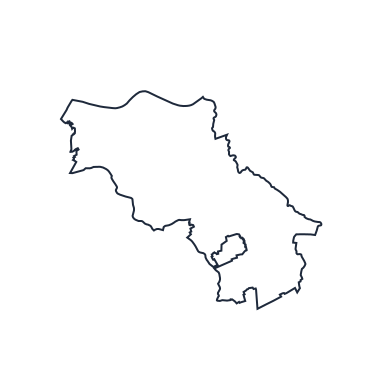 the district of Luong Tai, Bắc Ninh, Vietnam, rotated 240°
{"feature_id": "81297802B42689754920120", "entity_name": "Luong Tai", "entity_type": "district", "adm_level": 2, "iso_a3": "VNM", "parent_name": "Vietnam", "parent_adm1": "Bắc Ninh", "projection": "albers", "projection_center": [106.213, 21.025], "detail": "fine", "context": "isolated", "style": "outline", "palette": "slate", "viewbox_px": 384, "rotation_deg": 240, "n_neighbors": 0, "source": "geoboundaries", "source_scale": "gbopen_adm2", "svg_char_len": 6075}
<svg xmlns="http://www.w3.org/2000/svg" viewBox="0 0 384 384"><g transform="rotate(240 192 192)"><path d="M268.9,249.0L268.5,247.1L267.5,236.8L267.7,234.7L268.2,232.8L269.1,230.6L270.7,227.6L272.8,224.7L274.2,223.2L278.2,219.6L292.0,209.7L300.3,204.1L302.5,202.1L303.8,199.7L304.8,196.6L304.6,192.6L303.8,188.2L302.6,183.7L301.2,179.8L300.9,177.1L300.9,174.5L301.4,171.8L302.2,169.0L302.9,167.4L304.3,165.3L309.5,158.3L312.0,155.2L319.7,147.0L324.8,142.4L331.6,134.5L330.9,132.9L327.3,126.5L325.7,124.3L320.7,115.0L317.7,115.7L315.9,116.3L314.7,117.1L314.9,118.0L314.0,118.5L315.0,119.9L314.6,120.2L314.5,121.2L313.8,121.2L313.7,120.5L312.7,120.4L312.6,119.8L312.0,119.9L312.0,120.9L312.6,120.9L312.4,122.0L311.7,122.4L310.6,122.6L310.5,119.8L308.6,120.2L307.9,120.1L306.7,119.8L307.2,121.0L307.1,121.3L306.7,121.7L306.4,121.7L305.9,122.3L305.5,122.3L302.7,120.8L301.5,119.9L301.8,119.3L301.1,118.7L301.1,118.3L301.5,117.6L300.9,117.0L300.9,115.9L297.0,112.8L289.6,109.1L289.1,108.7L287.6,106.8L287.3,107.1L287.4,107.8L286.8,108.3L286.7,109.1L286.7,110.7L287.1,111.7L287.2,113.2L287.0,115.0L285.5,115.0L285.3,112.4L282.0,110.7L282.1,107.9L280.9,108.0L281.1,106.5L280.0,106.5L279.5,106.2L279.2,105.0L277.5,106.1L275.9,106.8L269.4,95.9L268.1,97.9L265.4,108.2L265.2,109.2L265.6,110.9L265.7,111.9L263.7,115.2L263.2,116.7L262.9,119.3L260.3,124.1L259.7,125.1L257.7,127.2L254.8,129.1L253.1,129.9L251.4,130.3L248.7,130.5L246.0,130.6L245.1,129.6L244.0,129.2L241.0,129.2L237.2,129.5L234.2,129.6L233.2,129.2L231.7,127.0L230.6,126.6L228.8,126.6L227.9,126.8L225.7,128.3L221.3,132.2L217.4,136.2L216.1,136.8L215.5,136.8L210.4,134.5L207.4,133.8L206.3,133.3L205.0,132.5L201.0,128.6L199.8,128.3L198.1,128.4L196.4,129.1L193.6,131.2L192.5,133.2L191.8,134.1L190.9,134.6L188.2,135.4L186.8,136.4L185.6,137.7L183.5,139.1L182.3,139.3L179.8,139.2L177.7,139.8L177.8,141.1L177.5,143.1L176.5,144.8L173.5,147.8L175.8,150.0L176.0,151.2L176.0,152.0L175.7,152.8L174.8,155.3L174.4,158.4L174.5,161.0L174.7,162.9L174.5,166.1L174.3,166.9L172.7,169.1L171.4,171.5L169.4,176.6L167.3,174.4L167.0,174.7L166.3,174.5L166.1,174.4L165.9,173.6L164.6,173.3L164.0,174.0L164.0,175.2L162.7,176.5L161.0,176.3L161.1,172.3L158.1,171.6L158.1,169.8L155.9,169.9L154.9,165.1L150.9,166.9L149.1,167.4L145.5,167.8L142.9,167.9L138.0,167.7L136.9,167.9L135.6,168.8L133.3,171.3L131.8,172.0L130.7,172.0L128.5,171.0L125.9,170.8L124.5,171.0L120.9,171.2L116.4,173.0L116.1,177.7L122.7,177.7L122.7,176.5L124.1,176.4L126.1,176.6L126.0,177.6L128.0,177.9L127.9,178.8L128.4,179.5L128.5,181.2L127.7,181.4L126.9,182.3L125.8,182.4L125.4,183.8L127.5,184.8L126.5,188.1L131.7,191.3L132.3,197.6L136.0,198.8L136.0,201.3L135.1,201.7L133.3,209.6L133.0,210.1L131.7,211.6L130.0,211.6L129.9,211.2L129.4,211.3L129.3,211.0L128.6,211.0L128.3,211.5L127.5,211.5L127.4,212.3L127.0,212.2L126.7,212.9L125.8,213.0L125.6,212.4L125.4,212.3L125.2,212.4L124.9,213.2L124.6,213.1L123.4,213.0L123.3,212.3L122.6,212.3L122.6,211.6L122.3,211.3L121.9,211.7L121.6,211.5L121.2,212.0L120.1,211.6L119.6,212.1L118.2,211.3L118.3,210.8L118.1,210.7L117.7,210.6L117.5,211.3L114.3,210.3L114.2,210.0L114.6,209.7L114.3,207.9L112.9,204.4L113.7,202.7L114.9,198.9L112.6,198.1L113.5,194.8L113.9,192.7L112.5,192.3L114.6,173.1L112.4,173.5L109.0,174.9L107.2,174.6L103.4,173.2L102.2,172.5L100.8,171.1L99.5,168.7L95.8,168.5L94.5,168.1L93.8,167.5L91.7,164.1L90.8,163.5L89.1,163.5L88.5,163.2L88.3,162.6L86.9,160.5L86.4,159.9L85.7,159.4L85.2,159.6L83.7,161.7L83.3,163.7L83.1,164.3L80.4,168.1L79.1,171.4L79.7,171.8L78.9,173.1L75.7,174.5L73.2,175.0L73.3,177.8L72.2,177.9L72.0,179.4L71.0,183.6L77.3,185.2L77.1,186.4L79.6,186.7L79.7,189.6L80.2,190.9L79.9,191.9L80.3,193.2L78.9,196.7L77.2,196.8L76.6,198.9L75.3,198.6L58.1,190.3L57.6,200.1L57.1,208.0L56.8,216.9L59.2,216.8L59.0,219.5L58.8,220.4L58.3,221.3L57.5,221.3L57.3,222.4L57.2,223.4L57.4,233.2L52.4,232.9L54.8,237.4L55.6,237.5L57.2,238.0L60.4,239.3L60.3,241.3L61.4,242.0L61.6,244.1L62.9,244.4L65.7,244.6L68.4,246.8L70.4,248.7L70.8,250.7L71.3,251.8L71.8,252.8L72.9,254.2L73.5,254.4L76.1,254.7L81.2,254.7L83.2,255.3L84.3,254.4L85.3,252.3L85.8,252.0L86.8,251.9L88.5,252.9L90.4,253.0L91.2,253.4L95.7,256.9L97.6,254.3L99.3,255.4L101.8,257.7L102.2,258.3L103.2,261.1L100.1,266.7L95.9,273.6L93.2,277.1L96.3,280.8L99.2,283.7L99.4,284.2L99.4,284.9L98.8,286.6L98.7,287.1L98.9,287.5L99.4,287.9L100.0,288.1L100.7,288.1L101.5,288.0L102.1,287.5L103.2,285.9L105.0,283.7L106.4,282.4L109.0,280.8L110.2,279.3L112.1,277.8L114.1,277.0L115.3,277.6L116.1,277.4L116.9,276.3L118.3,275.3L119.5,274.2L121.9,273.4L122.8,272.3L123.7,271.8L124.7,271.7L128.1,272.0L129.3,271.9L130.4,270.8L131.7,270.0L131.8,269.7L131.8,268.2L132.1,267.9L132.8,268.0L135.3,270.1L137.0,271.0L138.5,271.3L140.7,270.8L148.2,268.3L151.1,266.9L153.3,265.6L153.8,265.4L155.0,265.5L156.6,263.6L156.9,263.5L159.2,263.8L160.3,263.7L162.6,263.0L164.7,261.9L167.8,261.2L168.2,261.0L169.8,259.2L170.3,258.9L172.8,258.5L173.2,258.3L173.9,257.4L175.7,254.7L176.3,254.3L178.6,254.5L181.3,252.9L184.6,252.6L185.5,252.4L185.8,252.1L186.0,251.6L185.0,250.1L184.7,249.3L185.4,247.4L185.5,246.3L185.2,245.2L184.6,243.9L184.6,243.5L184.6,243.0L184.8,242.6L185.7,242.2L186.9,242.3L189.0,243.1L190.8,243.5L192.5,244.9L193.0,245.1L196.5,245.2L197.4,244.9L198.6,244.2L198.8,244.2L199.3,244.7L200.0,247.1L200.3,247.4L200.9,247.6L202.0,247.4L202.9,246.5L203.4,245.5L203.9,243.3L204.7,242.9L206.2,242.9L208.3,244.2L210.0,244.4L210.4,244.7L210.9,245.6L211.1,246.7L211.3,246.9L211.6,247.0L212.1,246.9L213.3,246.1L214.0,246.3L215.2,247.2L216.5,249.1L217.3,249.9L218.0,249.9L218.5,249.6L219.1,248.6L219.8,248.1L220.9,248.0L222.5,248.8L224.1,251.0L226.3,238.9L227.6,239.3L228.9,239.9L231.3,241.5L232.4,241.6L233.4,241.4L234.4,240.8L235.1,240.7L236.3,240.9L237.1,241.2L237.5,241.7L237.8,242.7L240.4,244.5L243.2,247.2L244.7,247.3L245.2,247.7L245.4,248.1L245.4,250.0L245.6,250.6L246.6,251.7L247.2,252.0L248.2,252.2L250.5,251.6L251.2,251.7L251.8,252.3L252.4,253.7L253.1,254.5L254.0,255.0L257.7,255.8L259.3,255.8L261.1,254.8L262.1,254.0L264.6,250.9L266.4,249.3L267.0,249.1L268.9,249.0Z" fill="none" stroke="#1e293b" stroke-width="2"/></g></svg>